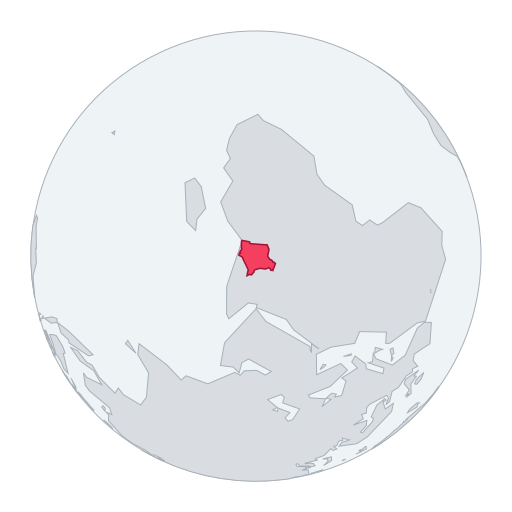 the Earth from above Kenya, rotated 155°
{"feature_id": "KEN", "entity_name": "Kenya", "entity_type": "country or territory", "adm_level": 0, "iso_a3": "KEN", "parent_name": "Africa", "parent_adm1": "", "projection": "orthographic", "projection_center": [37.674, 0.4], "detail": "fine", "context": "on_globe", "style": "filled", "palette": "rose", "viewbox_px": 512, "rotation_deg": 155, "n_neighbors": 0, "source": "natural_earth", "source_scale": "50m", "svg_char_len": 8907}
<svg xmlns="http://www.w3.org/2000/svg" viewBox="0 0 512 512"><g transform="rotate(155 256 256)"><circle cx="256" cy="256" r="225" fill="#eef3f6" stroke="#a8b0b8"/><path d="M31.4,238.2L31.4,239.5L31.0,249.2L30.8,255.2L31.2,257.0L31.3,261.0L36.2,267.6L41.6,277.9L43.4,291.7L42.7,307.3L51.1,340.4L52.3,350.9L58.7,364.2L66.0,377.0L57.8,363.0L50.6,348.6L44.5,333.6L39.5,318.2L35.6,302.5L32.8,286.6L31.2,270.5L30.7,254.4L31.4,238.2ZM428.3,110.9L429.2,111.9L430.9,114.0L441.0,127.5L441.9,128.8L436.1,120.8L433.0,117.0L429.6,112.6L430.2,114.7L425.2,108.5L428.1,113.8L432.8,119.2L434.1,119.1L438.7,127.3L446.7,137.8L453.4,149.6L459.3,169.1L456.7,174.2L457.8,178.1L453.7,173.1L452.9,180.4L464.0,204.2L465.3,210.9L461.8,222.9L460.9,217.8L450.2,204.5L451.5,220.6L459.7,235.0L462.6,251.5L457.8,245.8L454.4,231.4L450.6,226.2L449.3,212.1L441.7,191.2L436.6,194.6L434.8,186.4L423.5,169.7L414.9,174.4L402.8,195.4L404.8,216.6L399.0,226.0L382.9,195.2L376.2,175.2L370.0,177.0L353.7,160.5L324.5,159.5L320.7,154.6L315.1,156.9L303.7,152.1L298.0,144.2L290.9,144.8L306.2,165.7L313.8,165.3L320.7,157.2L323.5,164.9L334.5,171.8L321.1,190.7L278.2,208.2L274.7,192.5L245.5,151.4L246.7,146.9L246.6,146.4L246.3,145.5L242.9,152.9L238.1,145.2L253.1,173.1L255.3,185.6L277.6,209.2L275.4,211.7L282.8,216.7L307.2,210.6L307.2,215.9L295.3,241.0L262.0,275.9L266.8,299.6L265.1,320.0L245.3,333.7L248.1,349.5L238.0,355.2L238.0,364.2L230.4,373.8L217.5,383.1L194.4,383.6L192.1,375.5L179.4,359.9L161.3,322.0L166.2,304.4L163.8,291.0L147.2,261.7L150.8,245.3L146.6,238.6L137.7,240.6L132.9,232.7L127.6,232.7L95.4,240.0L86.2,230.1L76.9,199.6L83.2,186.9L85.5,172.9L129.9,125.3L138.0,127.2L171.5,120.4L175.4,121.9L170.0,131.9L194.0,143.7L203.4,135.1L226.6,141.7L242.9,141.4L251.2,122.8L224.5,122.7L221.3,114.0L243.9,106.4L267.4,107.8L266.9,104.5L253.2,97.1L259.9,91.6L248.6,94.3L252.3,97.5L245.4,99.6L241.6,96.9L244.1,94.8L237.3,93.4L227.2,104.7L229.8,109.2L211.4,111.6L214.0,119.6L208.5,123.5L202.1,111.6L203.7,107.2L190.7,95.7L187.4,100.3L199.4,111.8L195.1,111.0L190.7,118.5L190.7,112.2L178.5,99.5L162.6,103.1L140.3,122.4L131.5,124.7L125.1,121.7L135.4,103.1L153.9,100.3L157.8,94.8L156.0,87.6L161.7,87.7L163.3,84.8L170.4,83.9L182.4,76.7L190.0,75.7L196.4,67.6L201.2,66.3L196.0,71.2L196.4,74.6L215.5,73.6L219.7,71.9L222.4,67.0L227.3,67.8L227.4,63.3L239.3,61.6L225.0,60.2L227.8,55.6L235.8,52.3L234.2,50.8L221.0,56.4L218.1,59.0L219.6,61.5L209.4,69.8L202.4,71.5L203.5,62.7L193.8,64.4L198.8,57.8L231.4,45.1L244.0,43.3L261.1,48.5L257.1,50.8L249.0,49.8L254.9,54.5L255.2,52.3L259.2,53.3L262.9,50.1L266.0,50.7L264.3,46.9L268.4,47.3L269.5,49.8L278.5,46.4L287.6,47.3L288.2,46.3L286.2,45.0L299.1,47.5L298.9,46.7L294.6,45.5L291.5,43.4L291.1,40.9L295.6,41.9L296.3,42.9L304.7,47.0L306.1,50.2L307.9,50.4L307.8,48.0L297.6,42.8L296.0,41.1L301.5,43.2L299.4,42.3L300.0,41.8L304.9,42.4L299.1,40.2L300.1,36.0L309.6,37.7L314.3,39.4L319.7,39.9L324.0,41.2L339.0,46.6L353.5,52.9L367.6,60.3L381.1,68.7L394.0,77.9L406.2,88.1L417.7,99.1L428.3,110.9ZM113.2,148.3L111.7,152.4L113.2,148.3ZM291.7,119.8L306.2,121.0L300.8,109.7L305.9,109.5L302.2,106.0L300.3,108.9L291.4,99.8L298.0,97.1L296.8,92.7L291.9,92.2L281.1,98.9L293.9,111.6L290.0,116.0L291.7,119.8ZM164.5,71.8L166.3,73.1L162.7,76.4L153.1,79.6L158.3,74.7L164.5,71.8ZM169.8,74.5L173.5,65.9L179.6,64.3L175.5,66.5L179.2,66.3L173.6,70.0L175.8,77.5L172.7,81.0L156.7,83.8L163.7,80.6L161.5,79.2L169.8,74.5ZM172.2,53.2L173.9,51.1L184.9,49.9L182.1,52.0L172.3,54.8L170.0,53.9L172.2,53.2ZM171.0,47.4L178.7,44.4L178.0,44.7L181.7,43.3L181.1,43.6L183.1,42.8L203.6,36.9L224.6,32.9L223.6,33.1L227.2,32.6L232.2,32.2L231.7,32.6L227.3,32.9L229.9,33.5L223.5,34.2L224.2,34.2L219.0,35.2L213.9,36.7L211.2,37.0L210.3,37.5L206.9,38.5L204.8,39.4L199.3,40.4L196.3,41.8L195.4,41.6L191.8,43.7L192.0,42.7L187.5,44.2L189.7,44.4L164.7,51.2L154.0,56.0L145.1,60.8L146.6,59.3L155.9,54.2L165.0,49.9L171.0,47.4ZM180.8,118.0L184.0,118.3L189.3,117.7L186.6,122.8L180.8,118.0ZM172.2,109.4L175.2,108.6L174.0,114.8L170.7,114.8L172.2,109.4ZM177.9,103.3L175.5,108.1L174.8,105.5L177.9,103.3ZM198.9,70.5L202.3,69.8L202.3,70.9L199.9,72.7L198.9,70.5ZM238.0,37.0L236.1,36.5L237.3,36.2L237.5,34.6L242.3,34.4L244.0,35.2L238.0,37.0ZM246.1,125.9L240.8,129.5L238.6,127.7L240.9,126.8L246.1,125.9ZM211.8,125.8L219.2,128.0L211.0,127.1L211.8,125.8ZM243.2,36.4L242.7,35.7L245.4,36.1L243.2,36.4ZM245.7,34.2L249.1,34.4L242.9,34.2L245.7,34.2ZM333.3,425.9L334.5,428.7L331.1,428.9L333.3,425.9ZM304.2,316.6L289.4,352.4L278.6,352.6L276.3,342.0L281.5,320.4L294.0,314.3L300.0,304.5L304.2,316.6ZM475.6,293.6L476.3,295.2L476.1,296.2L475.6,293.6ZM475.0,289.4L476.2,290.3L474.4,291.7L475.0,289.4ZM476.6,290.7L477.7,289.3L478.3,287.8L477.9,290.0L476.6,290.7ZM474.0,289.1L466.5,287.0L462.9,283.5L464.3,279.7L470.2,281.8L474.0,289.1ZM464.0,279.6L457.8,267.7L445.4,235.3L449.9,236.2L462.1,256.2L461.4,259.4L465.2,268.6L464.0,279.6ZM477.0,262.2L476.2,272.1L472.6,270.1L470.6,268.0L469.4,254.9L470.1,248.6L471.9,249.2L475.9,229.1L477.8,235.0L477.3,243.6L478.7,252.7L477.0,262.2ZM405.9,218.7L411.4,231.7L407.9,233.7L405.9,218.7ZM475.3,215.0L475.2,223.5L474.6,211.8L475.3,215.0ZM473.7,203.9L474.8,208.5L473.3,203.7L473.7,203.9ZM459.7,184.3L458.0,185.0L456.9,181.8L458.5,179.1L459.7,184.3ZM458.5,159.9L462.4,168.9L463.4,171.9L460.7,166.2L458.5,159.9ZM283.2,37.5L277.6,39.5L276.8,41.8L281.3,43.8L272.6,42.2L273.9,38.7L283.2,37.5ZM297.5,35.9L293.6,34.7L296.8,35.2L298.2,35.5L297.5,35.9ZM294.1,35.2L286.4,34.1L285.1,33.5L291.5,34.4L294.1,35.2ZM264.7,33.9L262.7,34.4L260.6,34.0L264.7,33.9ZM445.5,377.8L437.8,385.6L437.8,382.9L442.5,376.3L452.0,355.5L452.4,356.1L458.0,342.5L466.6,332.1L474.2,311.4L474.0,312.8L468.8,329.8L462.3,346.4L454.6,362.4L445.5,377.8ZM477.1,296.2L478.7,289.1L478.9,288.9L477.1,296.2ZM480.9,268.3L480.8,270.9L480.8,268.5L480.9,268.3ZM479.4,255.3L479.7,261.7L480.6,258.5L479.9,263.7L479.8,274.5L479.3,278.3L479.5,266.5L478.4,277.9L477.9,277.3L478.3,267.3L479.2,255.6L479.6,251.0L481.0,250.5L479.4,255.3ZM481.3,255.0L481.2,252.0L481.2,249.6L481.3,255.0ZM480.0,234.2L478.6,225.4L478.4,228.0L477.8,217.9L479.5,227.8L480.0,234.2ZM477.2,215.9L477.1,218.1L476.5,212.2L477.2,215.9ZM476.5,215.3L475.3,209.7L476.0,210.9L476.5,215.3ZM477.5,216.4L475.7,207.2L477.0,212.9L477.5,216.4ZM472.2,197.4L475.5,207.2L473.1,202.2L468.1,184.7L468.7,184.7L472.2,197.4Z" fill="#d9dde1" stroke="#a8b0b8" stroke-width="1"/><path d="M241.2,261.5L241.2,260.8L241.3,259.1L241.3,257.6L241.3,256.9L241.7,256.4L241.9,256.1L242.0,255.6L242.2,255.2L242.6,254.9L242.7,254.7L243.2,254.2L243.5,253.5L243.7,253.2L243.9,253.0L244.1,252.9L244.4,252.8L244.7,252.7L244.6,252.1L244.9,251.7L245.1,251.5L245.3,251.3L245.4,251.1L245.4,250.8L245.4,250.6L245.4,250.3L245.4,249.5L245.2,248.8L245.0,248.1L245.1,247.8L245.0,247.4L244.9,247.4L244.6,246.9L244.5,246.5L244.4,246.4L243.9,246.1L243.6,245.3L243.3,245.1L243.2,244.4L243.2,244.2L243.3,243.4L243.3,243.2L243.1,243.1L242.6,242.9L242.2,242.6L242.3,242.5L242.3,242.4L242.1,242.3L241.5,241.0L242.3,240.2L243.1,239.4L244.1,238.4L245.1,237.5L245.9,236.7L246.6,236.0L246.6,236.3L246.8,236.5L247.0,236.4L247.4,236.3L248.5,236.6L248.6,236.8L248.6,237.1L248.7,237.3L248.6,237.5L248.5,238.1L248.5,238.7L248.8,239.1L249.1,239.4L249.4,239.9L249.5,240.0L249.8,240.1L250.5,240.1L251.6,240.1L252.7,240.2L252.8,240.2L253.0,240.2L254.0,240.9L254.9,241.4L255.6,241.9L256.3,242.4L257.1,242.8L257.6,243.2L258.2,243.3L259.1,243.4L259.7,243.4L260.2,243.6L261.1,243.7L261.7,243.8L262.1,243.9L263.1,244.0L263.3,243.9L263.8,243.5L264.3,242.8L264.5,242.4L265.2,242.1L266.4,241.5L267.2,241.2L268.1,240.8L268.5,241.1L269.1,241.6L269.4,241.9L269.6,242.0L269.9,242.1L270.3,242.1L270.5,242.1L270.9,242.0L271.9,241.9L272.5,241.9L272.0,242.6L271.4,243.5L270.4,245.0L269.6,245.8L269.0,246.4L268.9,246.5L268.9,247.2L268.9,248.8L268.9,252.2L269.0,255.5L269.0,258.8L269.0,260.4L269.0,261.0L269.5,261.7L270.0,262.4L270.7,263.3L271.1,263.7L271.2,263.9L271.2,264.2L270.6,264.9L270.1,265.2L269.5,265.4L269.3,265.3L269.0,265.2L268.9,265.4L268.9,265.7L268.7,265.6L268.7,266.0L268.8,266.2L268.7,266.5L268.4,266.8L268.3,267.0L267.7,267.6L266.7,267.6L266.2,267.9L266.0,268.1L265.8,268.6L265.9,269.4L265.6,270.0L265.6,270.3L265.1,270.7L264.9,271.1L264.7,271.5L264.4,272.4L264.2,272.9L264.1,273.1L264.1,273.3L263.9,273.5L263.7,273.9L263.1,275.2L262.7,275.7L262.3,275.7L262.1,275.9L262.1,276.0L261.9,275.9L261.6,275.7L261.0,275.3L260.4,274.9L259.8,274.4L259.2,274.0L258.6,273.6L258.0,273.1L257.4,272.7L256.8,272.3L256.5,272.0L256.3,271.9L256.2,271.6L256.0,271.4L255.8,271.4L255.7,271.3L255.7,271.2L255.8,271.0L256.0,270.6L256.1,270.3L256.0,270.1L255.9,269.6L255.5,269.3L254.6,268.8L253.8,268.4L253.0,267.9L252.1,267.4L251.3,267.0L250.5,266.5L249.6,266.0L248.8,265.6L247.9,265.1L247.1,264.6L246.3,264.2L245.4,263.7L244.6,263.2L243.8,262.8L242.9,262.3L242.1,261.8L241.8,261.7L241.5,261.5L241.2,261.5ZM269.0,266.1L268.9,266.1L269.0,265.9L269.4,265.6L269.6,265.6L269.6,265.8L269.0,266.1Z" fill="#f43f5e" stroke="#9f1239" stroke-width="1.5"/></g></svg>